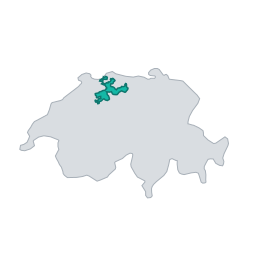 Solothurn highlighted on a map of Switzerland, rotated 12°
{"feature_id": "CHE-3426", "entity_name": "Solothurn", "entity_type": "Canton", "adm_level": 1, "iso_a3": "CHE", "parent_name": "Switzerland", "parent_adm1": "", "projection": "mercator", "projection_center": [7.597, 47.288], "detail": "fine", "context": "in_parent", "style": "filled", "palette": "teal", "viewbox_px": 256, "rotation_deg": 12, "n_neighbors": 0, "source": "natural_earth", "source_scale": "10m", "svg_char_len": 5153}
<svg xmlns="http://www.w3.org/2000/svg" viewBox="0 0 256 256"><g transform="rotate(12 128 128)"><path d="M187.4,80.6L188.7,81.4L192.0,84.4L191.2,89.4L187.5,97.5L185.6,104.0L185.4,109.0L185.7,111.4L186.4,111.4L189.9,111.7L191.7,111.7L197.4,113.1L201.9,115.0L202.8,117.1L203.4,119.7L208.8,123.1L215.0,125.4L217.0,124.6L224.7,116.5L227.7,117.9L229.5,122.2L229.4,124.5L227.3,133.1L226.9,137.7L228.7,140.7L228.9,143.1L228.4,145.3L225.3,145.5L221.2,144.3L217.8,140.6L215.1,141.0L212.8,142.0L211.7,145.5L210.6,149.7L211.0,152.0L212.6,153.8L213.9,157.6L214.8,162.5L215.5,164.7L214.7,165.7L212.6,166.4L210.8,165.7L207.6,159.9L206.2,157.6L203.7,157.2L199.3,158.7L192.6,161.9L189.9,161.9L187.6,161.3L185.4,158.5L183.6,153.1L183.0,149.7L181.7,149.8L177.4,148.8L175.4,150.2L175.4,155.7L175.0,162.5L172.9,167.0L166.9,174.6L164.7,177.9L163.8,180.3L163.6,182.4L164.5,186.0L165.8,189.4L164.7,191.3L161.6,192.3L159.3,190.3L158.5,186.6L153.6,181.5L155.8,177.3L155.4,176.2L147.4,174.0L144.0,170.8L139.1,165.2L138.2,162.8L138.4,154.9L138.2,153.0L137.5,152.1L135.2,152.2L131.9,154.9L128.9,159.0L122.7,163.6L122.1,164.6L124.2,169.0L124.1,170.8L119.0,177.9L118.1,180.2L111.7,184.7L108.8,186.4L100.0,183.1L97.5,182.7L93.6,184.9L88.0,187.0L79.0,189.1L75.7,187.5L74.1,186.1L73.3,184.0L71.0,180.2L68.5,177.9L66.7,175.4L64.3,172.7L62.8,170.5L64.8,163.3L63.4,160.8L62.6,157.1L63.0,154.7L62.2,154.1L54.0,152.7L47.3,153.1L42.4,155.5L38.5,159.5L38.0,160.4L38.3,161.1L40.2,164.8L36.9,168.7L31.8,171.7L28.2,172.0L26.6,171.4L26.5,167.3L29.5,165.7L32.2,163.0L33.1,159.2L33.5,156.5L30.6,153.3L31.0,151.3L32.7,147.5L33.7,144.1L35.1,141.2L40.8,136.5L46.4,131.7L47.3,126.6L47.7,120.4L48.5,118.9L56.2,115.2L58.1,113.8L59.0,111.7L65.0,104.7L71.0,97.7L72.2,95.4L73.2,94.1L73.2,92.9L72.4,92.0L69.6,91.5L68.6,89.3L71.7,85.3L75.6,82.9L79.3,82.9L80.8,84.0L80.7,85.3L82.3,86.7L85.2,87.2L88.7,86.7L92.1,85.2L94.3,81.7L95.5,79.0L101.0,76.0L104.7,77.5L115.1,77.9L122.6,77.1L127.4,75.0L133.2,75.0L137.2,76.2L137.9,76.0L138.9,75.7L140.0,74.6L143.7,73.9L144.2,72.9L144.1,72.0L143.4,71.5L138.8,72.0L137.1,71.3L136.6,69.6L138.1,66.7L141.5,64.3L144.3,63.7L146.4,64.3L151.4,68.8L152.6,68.9L153.2,68.1L154.3,67.6L156.0,68.5L157.9,71.3L158.3,71.7L169.4,70.7L171.9,70.7L179.5,75.6L187.4,80.6Z" fill="#d9dde1" stroke="#a8b0b8" stroke-width="1"/><path d="M98.4,94.2L98.8,94.1L98.9,93.6L98.9,93.3L98.8,93.0L98.7,92.8L98.6,92.7L98.2,92.6L97.5,92.0L97.1,91.3L96.7,91.0L96.3,90.9L96.0,90.9L95.1,90.8L92.9,90.3L93.6,89.2L94.2,89.0L94.6,89.1L95.3,89.5L96.1,89.6L96.5,89.5L96.8,89.3L97.0,89.0L97.2,88.7L97.3,88.4L97.5,88.2L99.0,88.1L99.3,87.8L99.2,87.6L99.1,87.4L99.1,87.0L99.4,86.9L100.4,86.8L101.0,86.2L101.5,84.7L101.4,84.3L100.7,84.0L100.9,83.3L101.3,83.2L102.5,83.3L102.7,83.2L102.8,83.0L102.8,82.7L103.2,82.7L105.1,83.9L105.3,84.1L105.4,84.4L105.2,84.7L105.0,85.1L104.9,85.3L104.7,85.4L104.5,85.5L104.4,85.6L104.3,85.8L104.2,86.0L104.2,86.9L104.1,87.4L103.7,87.9L103.5,88.0L102.4,88.3L102.0,88.4L102.0,89.0L102.0,89.5L102.1,89.9L102.3,90.7L102.5,90.9L102.7,91.0L104.3,90.9L105.4,91.1L106.4,91.6L106.8,92.0L107.2,92.4L107.5,92.6L107.8,92.7L108.7,93.0L108.9,92.5L109.6,91.3L110.1,90.9L111.1,90.7L111.4,90.4L112.5,89.9L112.7,89.7L112.8,89.4L113.1,88.7L113.3,88.6L113.6,88.7L114.2,88.6L115.2,88.4L116.0,87.7L116.3,87.4L116.3,87.1L116.1,86.8L116.0,86.6L115.9,86.3L115.9,86.2L116.1,85.7L116.4,85.0L117.1,85.1L117.4,85.6L117.5,85.8L117.5,86.1L117.5,86.8L117.8,87.0L118.0,87.9L118.3,88.2L118.6,88.6L119.1,88.8L119.7,89.0L119.7,90.3L119.4,91.0L118.9,91.8L118.2,93.3L117.9,93.5L117.6,93.7L114.7,93.2L114.3,93.1L114.0,93.0L111.9,94.8L111.8,95.0L110.7,97.2L110.4,97.6L108.8,98.0L108.4,97.9L107.5,98.2L106.3,98.1L105.7,97.8L104.2,95.9L102.6,96.7L99.5,97.1L100.2,97.8L100.2,98.1L100.4,98.6L100.4,99.1L101.3,100.1L102.1,100.5L102.8,101.5L103.5,102.7L103.7,103.3L103.8,103.6L103.7,103.8L103.6,104.1L103.4,104.2L103.0,104.4L102.7,104.9L102.3,105.3L102.0,105.4L99.9,105.3L98.7,104.5L98.2,104.6L97.5,105.2L96.4,106.9L95.7,107.5L94.5,108.1L94.3,108.3L94.3,108.5L94.6,109.1L94.7,109.4L94.6,109.8L94.5,110.0L94.2,110.2L93.3,110.5L92.9,109.6L92.9,109.0L92.4,109.1L91.1,109.4L90.7,109.1L90.4,108.6L90.3,108.3L90.2,108.1L90.1,107.8L90.2,107.6L90.3,107.5L90.8,107.6L91.1,107.6L91.6,107.7L91.8,107.7L92.6,107.5L92.9,107.3L93.0,106.9L92.9,106.3L93.0,106.0L93.2,105.6L93.7,105.2L93.9,105.2L94.1,105.3L94.4,105.4L94.7,105.3L95.2,104.9L95.4,104.6L95.2,104.3L95.0,104.2L94.8,104.0L94.8,103.7L94.7,102.8L94.0,103.0L93.7,103.1L93.4,103.4L93.0,103.5L92.8,103.8L92.4,104.1L92.0,104.6L91.7,104.8L91.2,104.9L90.9,104.8L90.8,104.7L90.8,104.4L90.8,104.2L90.5,103.5L90.4,103.3L90.2,103.1L89.7,102.9L89.3,102.6L89.2,102.2L88.8,101.4L88.9,101.1L92.3,99.6L92.2,99.1L93.1,98.3L94.2,97.9L94.6,97.5L95.1,97.0L95.5,96.7L95.8,96.5L97.3,96.0L97.7,95.7L98.0,95.4L98.3,94.3L98.4,94.2ZM94.3,83.4L95.0,82.8L95.1,82.7L95.1,82.3L95.8,82.2L96.7,82.5L97.1,82.6L97.2,82.8L97.3,83.0L97.3,84.8L94.4,85.4L93.7,85.4L93.6,85.2L93.4,84.5L93.3,83.1L93.7,83.3L94.3,83.4ZM90.7,86.7L91.5,86.3L92.2,85.5L92.4,85.8L92.5,85.9L92.6,86.0L92.8,86.1L93.1,86.1L93.3,86.3L93.7,87.0L93.8,87.2L93.7,87.4L93.1,87.9L90.5,88.0L90.7,86.7Z" fill="#14b8a6" stroke="#0f766e" stroke-width="1.5"/></g></svg>